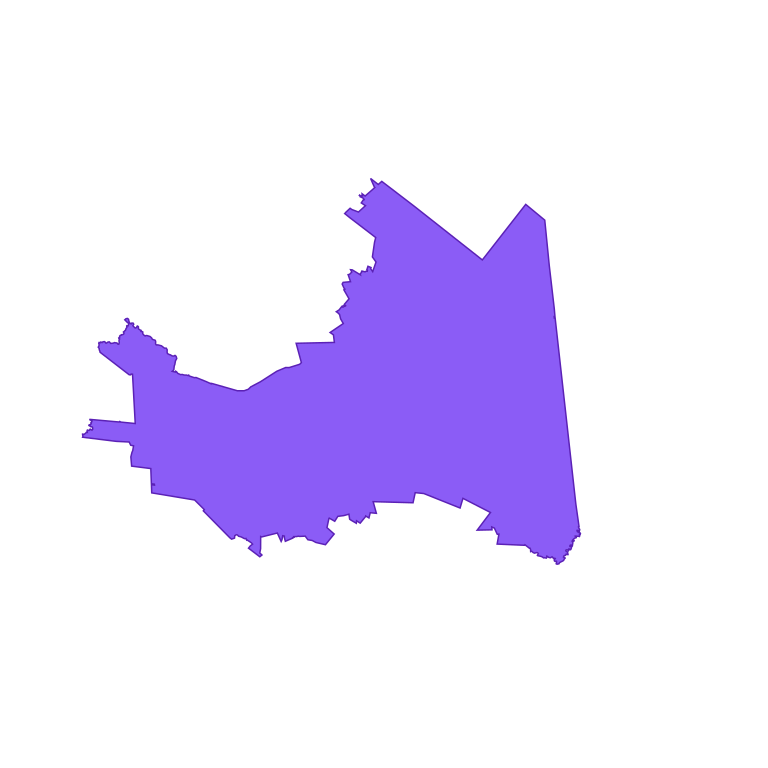 China, Nuevo León, Mexico, rotated 308°
{"feature_id": "50627088B55287529852114", "entity_name": "China", "entity_type": "district", "adm_level": 2, "iso_a3": "MEX", "parent_name": "Mexico", "parent_adm1": "Nuevo León", "projection": "equal_earth", "projection_center": [-99.08, 25.492], "detail": "fine", "context": "isolated", "style": "filled", "palette": "violet", "viewbox_px": 768, "rotation_deg": 308, "n_neighbors": 0, "source": "geoboundaries", "source_scale": "gbopen_adm2", "svg_char_len": 6171}
<svg xmlns="http://www.w3.org/2000/svg" viewBox="0 0 768 768"><g transform="rotate(308 384 384)"><path d="M234.3,140.5L234.2,141.1L234.4,177.5L235.2,178.7L236.1,178.6L236.9,179.8L199.7,212.3L191.8,199.8L191.9,199.2L191.7,198.7L191.0,198.7L175.1,174.1L174.8,174.2L174.7,174.7L175.5,176.0L175.2,176.5L174.7,176.3L174.4,176.9L173.8,177.1L173.1,176.9L172.6,177.7L172.3,177.8L171.9,177.5L171.1,177.5L170.3,176.8L169.7,176.9L169.6,177.7L170.1,178.2L169.8,179.3L170.4,180.1L170.5,180.9L169.1,182.3L167.8,182.3L167.6,180.3L167.2,180.1L166.7,180.4L166.1,180.3L165.5,179.8L165.3,178.8L165.1,178.6L164.6,178.7L163.2,180.0L162.8,179.2L161.7,179.2L159.7,178.7L159.2,178.1L159.2,177.5L158.9,177.3L157.2,179.1L156.5,179.3L174.0,208.4L181.4,218.9L179.8,222.1L181.1,224.7L176.8,227.0L174.9,227.5L170.7,229.4L163.9,235.7L173.8,252.3L162.2,262.1L163.7,264.7L163.0,265.4L161.5,262.7L155.2,268.0L176.0,306.2L174.4,319.7L172.8,319.7L167.9,357.3L167.9,359.4L170.5,361.1L172.6,359.8L174.3,360.4L174.8,361.5L174.5,363.1L175.6,365.7L176.2,369.2L176.7,369.9L177.3,370.3L176.4,371.9L176.8,372.1L177.2,377.3L176.9,379.0L174.0,378.3L171.2,378.3L171.4,392.5L174.1,393.1L174.4,390.1L178.2,388.2L187.9,380.7L188.2,381.8L200.9,391.7L196.6,399.9L198.4,399.5L202.1,397.6L202.8,399.1L201.7,399.9L199.3,403.1L206.4,407.0L206.7,406.6L207.8,407.5L208.2,406.9L210.1,409.2L211.3,410.1L211.9,411.3L215.6,415.6L214.4,419.9L216.5,423.8L217.2,427.9L221.3,436.8L235.1,437.1L235.7,427.5L244.3,423.3L244.6,423.4L245.5,429.7L251.3,429.1L255.5,433.3L259.8,436.5L256.3,440.2L256.4,441.9L257.2,447.9L259.3,446.6L259.7,450.9L268.4,451.1L268.7,450.9L269.2,454.6L274.1,452.4L277.4,457.6L284.6,447.9L308.3,480.0L317.6,475.5L322.2,482.8L333.1,520.3L342.5,516.6L348.3,547.0L326.2,547.4L335.6,558.9L337.7,556.9L338.4,559.7L335.3,565.8L336.4,567.0L327.5,571.7L343.4,594.0L344.1,594.0L344.1,599.7L344.5,600.0L344.0,601.2L342.3,602.7L342.8,602.9L343.1,603.3L343.0,605.4L343.4,606.8L344.9,607.9L345.4,608.5L345.6,609.0L345.3,610.1L343.4,610.3L343.3,610.7L344.9,614.1L345.2,615.4L345.2,616.8L346.1,617.7L346.7,619.1L347.5,619.1L348.5,618.3L348.8,619.0L348.7,620.3L349.2,621.6L349.7,622.3L350.7,622.5L351.3,623.0L351.2,624.1L350.8,624.9L351.9,626.0L351.9,626.4L350.4,626.4L349.6,627.0L349.5,627.8L350.5,628.9L350.5,629.1L349.9,629.7L348.8,630.0L348.3,630.5L348.6,631.4L349.3,631.8L349.8,632.5L351.6,632.4L354.9,634.0L356.2,634.1L357.2,633.7L358.1,634.0L358.6,633.4L358.2,632.7L358.1,632.0L359.2,631.6L360.1,631.9L360.8,632.5L362.1,632.3L362.4,633.4L362.9,634.0L364.6,632.1L364.3,630.7L364.7,629.8L365.4,629.7L365.9,630.1L366.2,630.6L366.1,632.0L366.5,632.0L367.5,631.2L368.0,631.3L368.0,632.8L368.6,633.1L370.5,632.5L371.5,631.3L371.5,630.9L371.3,630.6L371.0,630.6L370.7,630.9L370.5,630.7L370.5,630.4L371.1,630.0L371.6,630.0L372.3,630.5L372.3,631.0L371.9,631.7L371.9,632.1L372.2,632.2L375.3,630.5L375.8,629.1L376.2,628.9L377.0,629.0L376.9,630.2L377.3,630.4L377.7,630.2L377.9,628.8L379.7,629.1L381.3,630.1L381.9,629.8L381.9,628.5L382.4,628.9L382.6,629.5L383.8,631.1L384.1,631.9L384.8,631.7L385.7,630.7L386.0,630.8L386.2,631.2L387.2,630.8L387.4,630.0L386.9,629.3L387.0,628.2L386.7,627.5L387.2,626.4L387.6,626.3L388.1,627.2L387.4,628.3L387.4,628.8L387.9,628.8L388.5,628.3L389.5,628.1L390.0,627.6L390.1,626.9L391.1,625.2L391.5,625.1L391.8,625.4L407.5,609.1L541.3,478.3L540.8,477.6L541.9,476.6L542.3,477.3L548.0,472.0L579.0,441.4L612.1,409.8L612.8,385.1L542.3,385.1L542.7,297.9L542.3,257.5L537.7,256.6L537.7,246.9L533.4,254.9L533.2,255.8L520.5,253.4L520.4,249.7L519.1,251.1L518.9,250.5L518.5,250.7L517.7,249.5L517.9,248.5L517.4,248.5L517.5,249.5L516.9,249.9L517.6,252.8L517.2,254.8L516.7,254.8L516.5,254.3L512.7,254.6L513.1,259.6L503.8,258.0L501.7,251.2L501.6,249.1L495.2,248.1L494.4,248.3L494.1,248.2L494.0,254.4L494.3,287.3L490.0,289.2L477.0,296.6L475.2,302.6L465.6,305.9L466.6,302.6L467.8,302.1L466.9,298.9L463.5,300.1L463.5,300.9L462.5,301.4L461.9,300.5L460.7,300.0L459.4,297.0L458.9,297.0L458.2,297.6L456.6,297.4L455.8,297.8L455.5,298.2L454.4,288.7L453.5,287.3L452.4,289.7L449.1,289.3L448.1,288.4L444.0,294.6L438.9,289.2L437.0,289.5L434.9,293.5L434.7,294.8L433.5,294.4L429.6,304.0L422.3,303.7L422.0,305.6L421.1,305.3L421.1,305.0L420.8,304.9L420.8,304.0L419.7,303.2L419.2,304.1L418.6,303.0L414.8,303.0L411.6,301.9L411.7,303.6L411.4,306.2L408.6,309.7L406.6,314.7L391.4,309.8L391.6,313.9L386.2,319.3L362.0,289.7L350.0,305.7L347.6,305.4L338.5,299.1L336.5,296.4L328.1,291.7L309.6,285.2L299.8,280.8L296.3,280.3L292.5,277.9L288.4,272.6L278.6,248.4L278.1,247.4L277.7,247.6L276.4,242.3L273.4,231.9L272.2,230.6L270.4,225.5L270.8,224.6L269.9,224.1L269.3,222.6L268.7,222.0L267.9,220.7L267.3,219.1L266.2,218.0L265.4,214.9L265.9,213.1L265.7,213.1L265.7,211.9L264.9,212.2L263.6,209.3L265.3,209.6L266.0,209.5L269.1,207.6L270.5,207.2L273.9,205.4L276.5,205.0L277.8,203.2L277.9,201.8L277.6,201.5L276.7,201.3L275.7,199.8L275.5,197.8L275.0,196.6L274.7,194.6L275.5,193.5L277.5,192.1L278.2,190.3L277.1,188.9L277.1,185.1L275.7,181.9L274.7,180.6L274.6,180.2L275.0,179.3L276.8,178.0L277.4,177.2L277.6,176.7L276.6,174.0L277.3,172.4L277.4,170.3L276.2,167.3L275.7,166.7L274.8,166.2L274.7,164.7L275.1,162.9L276.5,161.9L276.4,161.1L275.8,160.4L275.9,159.9L276.7,159.6L276.4,158.5L276.3,156.5L276.8,156.0L277.8,155.4L278.0,154.8L277.8,153.9L276.1,154.1L275.2,153.8L274.9,153.1L275.3,150.3L275.5,150.1L277.0,150.0L277.5,149.0L277.5,148.7L276.7,147.7L275.9,147.9L275.4,146.9L276.2,144.6L277.7,142.9L277.8,141.9L277.7,141.4L276.6,140.5L275.0,140.2L274.5,143.9L274.6,145.2L273.9,146.0L272.2,146.5L271.7,145.5L271.3,145.5L270.4,146.5L268.8,146.6L267.0,147.2L266.2,146.9L265.0,146.9L264.7,146.6L264.4,146.8L264.1,147.7L263.2,148.1L262.0,147.7L261.3,146.8L260.6,146.9L260.1,146.3L259.0,146.2L257.9,147.0L257.0,146.6L256.7,147.0L257.0,147.4L256.7,148.0L256.0,148.0L255.0,148.5L253.5,150.0L252.1,150.5L251.6,150.0L251.9,148.2L251.1,147.0L250.8,146.2L249.4,145.4L247.7,143.6L248.1,141.7L247.2,140.7L245.3,140.1L245.0,139.6L245.4,138.2L245.2,137.4L243.9,136.4L243.0,136.3L242.9,135.3L242.5,134.8L241.8,135.0L241.3,133.9L240.5,134.1L239.6,135.3L238.3,136.0L237.1,136.1L236.6,137.8L235.7,138.5L234.8,140.1L234.3,140.5Z" fill="#8b5cf6" stroke="#5b21b6" stroke-width="1.5"/></g></svg>